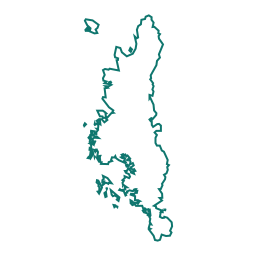 outline of Dinagat Islands, Surigao del Norte, Philippines
{"feature_id": "2640588B17428979589921", "entity_name": "Dinagat Islands", "entity_type": "district", "adm_level": 2, "iso_a3": "PHL", "parent_name": "Philippines", "parent_adm1": "Surigao del Norte", "projection": "mercator", "projection_center": [125.572, 10.162], "detail": "fine", "context": "isolated", "style": "outline", "palette": "teal", "viewbox_px": 256, "rotation_deg": 0, "n_neighbors": 0, "source": "geoboundaries", "source_scale": "gbopen_adm2", "svg_char_len": 5887}
<svg xmlns="http://www.w3.org/2000/svg" viewBox="0 0 256 256"><path d="M148.7,228.0L150.5,228.8L149.0,229.6L153.6,235.7L155.0,240.0L157.7,240.6L160.0,239.8L161.7,234.6L166.0,236.0L169.9,235.7L171.5,232.5L170.1,230.8L172.1,226.3L171.7,222.3L167.3,217.7L164.3,216.8L164.0,217.8L162.2,218.0L159.9,216.8L161.1,210.2L156.2,208.2L155.9,206.4L154.0,205.8L162.0,200.5L159.6,198.0L162.3,197.8L162.1,193.7L159.0,189.1L160.8,189.0L162.5,185.2L162.0,183.9L165.0,179.3L165.4,177.0L164.0,174.8L166.5,173.3L167.8,169.8L167.2,167.1L168.9,165.1L166.9,164.1L167.7,160.0L163.9,151.7L161.8,150.5L159.8,145.6L156.9,145.6L155.5,143.0L155.5,137.8L156.9,135.0L154.6,132.5L156.3,130.9L160.9,130.9L160.9,125.6L159.0,123.9L157.2,124.1L153.1,126.9L151.8,124.9L151.7,119.7L150.5,120.9L149.5,119.5L151.3,118.1L152.8,118.9L156.2,115.0L156.4,113.2L154.1,110.5L153.5,104.6L150.2,97.6L149.5,98.5L149.5,94.9L152.5,95.8L153.5,91.5L152.4,89.5L153.6,86.1L152.6,84.4L153.1,83.2L150.2,79.3L151.1,78.3L150.7,75.4L156.4,65.2L157.0,60.9L159.9,57.6L158.9,54.4L163.0,44.4L159.0,38.7L158.6,36.1L160.0,34.1L158.3,33.2L158.6,30.7L154.3,26.8L152.6,27.0L153.6,22.6L151.5,19.7L151.6,17.2L148.8,15.4L145.7,16.7L145.0,19.0L141.4,19.8L140.9,24.3L138.2,26.1L136.9,29.8L138.1,37.5L136.7,38.3L134.7,36.4L136.4,43.8L135.6,48.7L132.8,53.7L126.8,56.3L121.9,52.3L120.3,48.0L116.3,46.9L114.6,54.9L115.1,57.3L118.1,58.4L117.9,60.0L116.6,60.2L118.9,70.5L109.6,68.7L108.6,69.7L105.0,69.0L103.0,70.1L104.7,74.9L103.0,78.2L103.4,80.6L106.4,81.5L104.5,83.2L108.5,84.0L109.2,82.1L110.6,81.7L111.1,82.5L109.6,84.0L111.3,84.8L108.6,86.3L105.5,86.2L107.7,87.8L104.6,88.3L105.7,97.4L103.0,97.1L102.4,98.7L109.0,107.3L113.3,110.4L112.4,112.0L113.5,112.8L111.4,113.1L107.4,117.5L105.9,116.5L105.5,113.7L106.3,113.4L104.9,112.1L102.8,110.7L97.3,110.7L99.9,116.3L102.5,116.5L103.1,118.0L104.9,117.7L107.3,120.0L104.4,122.3L101.7,119.2L99.8,119.2L100.4,124.3L97.7,122.4L98.0,119.9L96.7,120.8L97.7,121.7L97.1,123.4L98.5,124.4L98.0,128.9L96.8,128.8L98.0,130.0L96.3,132.2L96.4,134.9L95.0,132.5L93.7,134.9L94.3,136.7L96.7,136.4L98.6,138.0L94.4,137.7L92.6,138.6L93.2,142.1L94.6,142.3L95.6,140.5L94.0,144.1L92.3,142.5L91.5,142.9L92.3,144.1L91.3,143.6L91.2,142.8L92.5,140.7L90.0,135.9L88.5,137.7L90.4,139.9L89.7,141.2L90.5,142.7L89.5,143.3L91.0,144.1L91.3,149.0L94.6,150.0L94.4,152.3L96.3,148.9L96.2,150.8L96.9,149.9L98.0,152.0L97.2,156.5L100.2,155.9L99.7,158.2L97.0,158.1L99.4,162.3L99.3,158.8L100.0,158.8L100.4,162.2L101.6,162.3L101.0,163.9L108.1,164.1L108.7,162.1L112.1,161.0L111.1,159.9L112.0,157.3L114.4,157.5L115.3,156.1L116.1,158.2L118.9,160.2L125.6,163.2L126.0,162.4L124.0,160.9L125.2,158.3L122.2,158.1L121.1,157.3L122.4,156.9L122.0,156.8L121.9,156.3L121.4,156.2L123.3,155.6L121.9,154.7L123.1,154.1L124.6,155.4L124.4,155.0L125.3,154.5L126.4,156.2L127.5,155.5L130.2,158.7L129.4,159.6L130.5,161.6L130.0,164.3L132.8,163.1L133.7,165.3L130.4,168.0L132.9,169.7L134.1,169.1L135.3,170.9L133.2,171.5L133.3,172.0L133.7,172.7L134.1,173.8L131.0,172.5L131.2,171.4L128.1,168.4L126.8,171.0L125.0,171.0L125.9,172.7L129.0,174.2L130.0,176.7L129.1,178.1L124.6,176.2L124.8,178.1L122.5,180.1L123.8,180.8L122.5,182.7L122.9,184.5L126.9,187.3L124.8,187.4L125.3,189.4L120.8,190.1L119.9,189.2L119.3,190.0L123.8,191.2L125.5,195.5L126.2,195.1L125.1,193.3L127.3,192.6L127.0,191.5L129.6,190.3L132.9,191.2L134.0,189.6L135.0,189.6L135.2,189.2L135.5,189.3L135.6,189.1L136.1,189.1L135.2,190.7L137.3,190.8L136.8,192.9L135.3,192.7L134.2,194.1L131.0,193.8L130.7,194.7L135.1,196.2L135.0,200.2L138.1,200.2L139.8,201.1L138.0,201.6L138.8,202.4L137.9,203.8L136.4,202.8L131.4,202.7L132.4,201.4L130.5,200.3L130.7,203.2L132.4,205.1L134.8,204.2L136.0,205.9L142.2,205.8L143.5,209.4L144.8,208.3L146.5,209.7L148.4,209.2L148.4,211.1L149.8,210.1L150.5,215.5L149.5,217.2L150.3,218.7L149.7,221.9L151.2,224.4L149.8,224.1L148.7,228.0ZM92.6,20.4L85.8,19.3L84.9,20.7L87.3,25.4L90.5,28.3L90.2,29.5L89.7,28.4L89.4,28.3L89.8,31.4L94.5,33.4L97.3,33.0L95.6,29.5L97.5,27.9L98.6,24.8L92.6,20.4ZM103.0,175.9L103.8,178.9L102.4,180.1L102.3,182.1L103.9,181.6L102.6,185.2L105.7,182.6L108.3,183.8L108.6,182.8L111.6,183.3L107.5,178.1L103.0,175.9ZM110.8,190.1L111.7,194.7L112.9,196.2L114.8,195.4L118.2,197.7L116.8,199.6L118.5,200.9L119.4,197.4L110.8,190.1ZM97.0,180.2L96.6,182.4L98.7,184.3L98.4,186.2L99.4,187.2L99.2,191.3L97.7,191.6L99.1,193.6L102.0,187.5L98.3,180.6L97.0,180.2ZM106.6,196.5L105.9,191.9L104.4,193.1L105.4,197.0L106.6,196.5ZM130.4,47.9L129.3,50.4L131.4,52.4L130.9,51.0L132.0,49.4L130.4,47.9ZM88.3,26.6L85.4,29.9L85.7,30.8L88.1,30.9L88.4,29.7L86.9,30.3L88.3,26.6ZM144.8,209.4L142.8,210.6L143.9,212.3L146.2,213.0L144.8,209.4ZM90.3,153.9L89.7,156.8L90.5,158.4L92.2,155.6L90.3,153.9ZM89.7,148.2L89.5,149.8L90.7,150.0L90.7,151.2L92.6,152.2L91.8,150.5L90.9,151.2L91.9,150.0L89.7,148.2ZM148.5,213.4L147.6,215.0L149.1,216.1L149.6,213.9L148.5,213.4ZM84.9,123.3L83.9,125.2L84.3,126.1L86.0,124.3L84.9,123.3ZM93.7,131.2L91.1,130.8L91.0,131.7L91.3,133.5L92.0,133.9L92.0,132.5L93.7,131.2ZM113.6,205.0L114.4,207.2L115.9,206.1L115.4,205.3L113.6,205.0ZM127.6,164.6L126.0,165.1L126.6,166.6L127.7,166.5L127.0,165.1L128.3,165.4L127.6,164.6ZM162.6,210.8L162.1,211.5L161.4,212.0L162.7,212.2L162.6,210.8ZM165.2,210.2L165.5,208.7L164.7,210.1L165.2,210.2ZM117.4,206.6L116.2,206.1L117.3,207.1L117.4,206.6ZM99.9,156.2L99.0,156.2L98.4,156.8L99.2,157.1L99.9,156.2ZM88.3,157.3L87.8,158.0L88.8,158.2L88.3,157.3ZM95.4,125.6L94.8,123.6L94.6,124.5L95.4,125.6ZM91.4,133.8L90.6,134.6L91.8,135.4L91.9,134.9L91.4,133.8ZM106.7,187.5L106.5,188.4L106.8,189.1L107.0,188.7L106.7,187.5ZM92.7,152.9L91.9,152.9L92.9,153.7L92.7,152.9ZM127.7,159.5L127.1,160.0L127.7,160.2L127.7,159.5ZM97.1,123.4L96.6,123.8L97.0,124.1L97.1,123.4ZM98.8,120.7L98.2,120.9L99.3,120.7L98.8,120.7ZM93.4,134.4L92.5,134.7L92.5,135.0L93.4,134.4ZM95.1,155.7L94.5,156.5L94.6,157.0L95.1,155.7ZM123.0,186.7L122.5,186.5L122.2,186.6L123.0,186.7Z" fill="none" stroke="#0f766e" stroke-width="2"/></svg>